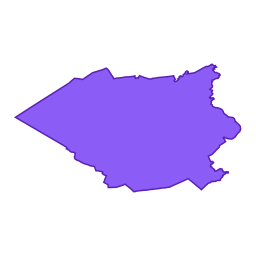 Kaunatas pag., Rezeknes, Latvia
{"feature_id": "27541924B36939981885438", "entity_name": "Kaunatas pag.", "entity_type": "district", "adm_level": 2, "iso_a3": "LVA", "parent_name": "Latvia", "parent_adm1": "Rezeknes", "projection": "equal_earth", "projection_center": [27.649, 56.307], "detail": "fine", "context": "isolated", "style": "filled", "palette": "violet", "viewbox_px": 256, "rotation_deg": 0, "n_neighbors": 0, "source": "geoboundaries", "source_scale": "gbopen_adm2", "svg_char_len": 5553}
<svg xmlns="http://www.w3.org/2000/svg" viewBox="0 0 256 256"><path d="M95.9,170.7L98.5,170.9L102.8,172.0L102.3,173.6L103.5,174.5L105.1,175.3L106.4,175.8L105.3,178.2L103.8,182.4L107.9,184.6L108.0,185.7L108.3,187.5L110.7,187.5L114.8,187.3L116.9,187.1L121.5,185.6L123.1,185.1L124.8,184.2L125.4,184.5L130.7,188.7L131.3,189.3L133.8,191.7L135.4,191.5L136.5,191.1L141.5,190.5L147.6,190.0L149.0,189.7L156.9,188.8L160.4,188.3L161.8,188.0L163.1,188.0L165.1,187.8L169.4,187.1L170.5,186.8L171.1,186.3L178.5,183.1L188.1,178.7L189.0,179.3L189.3,179.7L191.7,181.5L198.0,186.8L200.6,188.9L201.3,189.7L206.6,184.7L207.1,184.4L208.1,183.3L208.5,183.1L210.4,182.6L211.0,182.0L211.3,181.9L211.5,181.7L211.8,181.6L211.9,181.4L212.0,181.3L212.4,181.5L212.6,181.6L212.9,181.4L213.1,181.4L213.3,181.6L214.5,181.3L215.2,181.5L215.7,181.3L215.9,181.0L216.1,180.9L216.5,180.9L217.8,180.3L218.3,180.3L218.6,180.5L220.1,180.4L220.3,180.2L220.8,178.7L221.2,177.9L222.4,177.2L222.3,176.7L222.7,176.4L222.5,176.2L222.6,175.9L222.6,175.6L223.0,175.4L223.1,175.2L223.4,175.2L223.4,174.9L223.7,174.8L223.8,174.6L224.0,174.4L224.2,174.2L224.8,174.3L225.2,173.7L225.6,173.5L225.7,173.4L226.2,173.0L228.8,172.9L228.6,172.8L228.5,172.6L228.3,172.4L228.2,172.2L228.2,171.9L225.7,171.8L224.7,172.1L223.3,171.8L223.0,171.2L223.0,170.9L222.7,170.5L222.2,170.3L222.1,169.8L222.2,169.3L222.2,169.2L221.8,169.1L221.4,169.2L220.7,168.6L219.6,168.9L218.1,169.8L218.2,170.1L215.1,171.3L214.6,170.9L214.6,170.4L214.7,170.0L214.6,169.8L214.5,169.7L214.1,169.7L214.0,169.4L213.9,169.4L213.7,168.9L213.5,168.7L212.3,168.1L212.0,167.7L212.0,167.1L211.3,166.9L211.2,167.0L210.6,166.6L210.3,165.7L211.4,164.7L211.1,164.5L212.0,163.7L212.7,163.6L213.5,162.5L213.1,162.3L212.7,161.5L211.2,161.5L210.7,161.8L209.0,158.1L208.5,156.5L208.4,156.1L212.0,154.4L212.5,154.0L212.8,153.6L214.5,152.0L215.5,150.8L219.3,147.1L219.6,145.4L222.8,143.5L225.5,141.6L225.2,141.4L224.9,141.2L224.7,141.0L224.7,140.7L224.9,140.1L224.9,139.9L224.6,139.5L224.2,139.2L223.9,138.7L223.5,138.4L223.5,138.1L223.3,137.7L224.0,137.1L225.9,138.1L228.6,138.8L230.1,139.0L232.2,138.9L234.1,137.7L235.0,137.1L235.7,136.1L236.9,134.4L238.3,132.7L239.7,131.6L240.5,129.5L240.6,128.9L240.6,128.6L240.3,126.8L240.0,125.9L239.7,125.5L239.3,125.0L235.7,121.6L235.1,121.6L235.2,121.1L234.3,118.6L232.7,117.5L228.1,116.9L227.9,116.7L226.5,115.2L224.4,113.7L223.9,113.4L223.1,111.3L222.8,110.9L221.9,109.5L220.1,108.6L218.6,108.2L217.8,107.8L215.3,107.6L213.0,106.6L212.4,106.1L212.2,104.9L211.1,104.3L211.3,102.4L211.2,101.4L211.4,101.1L211.5,100.8L211.6,100.6L212.1,100.6L212.5,100.1L212.6,99.9L212.8,99.7L213.0,99.5L213.9,99.3L214.0,99.2L214.1,98.9L213.9,98.6L213.2,97.8L213.0,97.7L212.6,97.8L212.0,98.1L211.7,98.5L211.0,98.4L210.6,98.6L210.3,98.6L209.8,97.9L210.4,97.9L210.7,97.8L210.8,97.6L210.7,97.3L210.2,96.7L210.6,96.3L210.6,96.1L212.3,94.7L212.5,94.4L212.8,93.9L212.7,93.5L211.7,92.4L211.6,92.0L211.6,91.7L212.3,91.1L212.5,90.6L212.5,90.3L212.2,90.2L210.2,89.7L209.9,89.4L210.1,88.9L211.8,87.7L212.2,87.2L212.4,87.0L212.4,86.2L212.5,85.9L212.5,85.7L212.2,85.5L212.0,85.2L211.9,84.2L211.8,83.9L211.8,82.2L212.5,81.6L212.0,81.0L212.3,80.0L213.6,80.0L214.7,79.2L215.9,78.6L216.2,78.5L217.7,78.4L218.0,78.3L217.9,78.0L218.0,77.9L218.6,77.5L218.9,77.0L219.2,76.8L219.0,75.8L219.0,75.7L219.4,75.2L219.6,75.2L220.0,75.3L220.1,75.2L220.0,74.7L219.7,74.6L219.5,74.3L219.4,73.9L219.2,73.9L218.0,73.2L217.3,73.1L216.6,72.6L216.2,72.5L215.6,72.6L215.3,72.6L214.8,72.3L214.2,71.6L213.7,71.2L213.2,70.0L213.3,69.9L213.2,69.9L213.4,69.7L213.5,69.8L213.5,69.7L213.3,69.6L214.5,69.0L214.3,68.9L214.2,68.9L214.1,69.0L214.0,68.9L214.1,68.6L214.0,68.4L213.9,68.2L214.2,68.1L214.1,67.9L213.9,67.9L214.2,67.7L214.5,67.3L215.3,67.2L215.6,67.3L216.0,67.2L215.8,67.1L215.8,66.8L215.5,66.7L215.8,66.5L215.5,66.3L215.6,66.2L215.4,65.9L215.4,65.6L215.0,65.7L214.7,65.7L214.5,65.8L213.3,65.5L212.6,64.4L211.9,64.3L211.6,64.6L211.1,64.6L210.9,64.7L210.9,64.9L210.4,65.1L210.3,65.3L209.7,65.7L209.3,65.8L209.3,66.0L209.1,66.1L207.5,66.7L207.2,66.4L206.5,66.5L206.3,66.4L206.1,66.5L202.7,68.2L201.4,69.0L199.5,70.1L194.5,72.8L187.3,73.9L188.3,72.1L187.9,71.4L187.4,71.2L187.3,71.4L187.2,71.5L186.9,71.3L186.5,71.1L185.3,72.2L185.2,72.9L184.8,73.6L184.3,73.8L184.0,74.4L183.3,74.5L183.2,75.3L182.9,76.1L182.4,76.5L180.7,76.5L180.8,76.0L180.0,76.1L179.6,76.3L179.1,77.0L179.5,77.9L178.0,78.8L178.6,79.3L176.7,81.1L175.0,81.7L174.7,81.4L174.2,80.8L174.6,80.2L175.4,79.2L174.8,78.9L174.4,77.4L173.3,76.2L174.3,75.7L168.8,76.5L163.6,77.1L162.0,77.2L157.1,77.7L156.1,78.0L152.3,78.4L152.3,78.7L152.0,78.9L151.3,79.0L150.3,78.9L149.9,79.2L144.6,77.6L139.4,75.7L139.1,76.5L138.6,77.2L138.4,78.0L137.3,77.8L135.4,78.3L135.4,77.7L134.9,77.1L134.9,75.9L133.4,76.3L127.9,77.0L126.9,76.8L124.3,77.2L121.4,77.7L119.0,78.0L117.0,78.1L113.6,78.7L113.0,77.0L112.5,76.4L109.8,72.4L109.3,71.2L108.7,70.7L108.0,69.6L106.4,68.2L105.2,68.5L103.8,69.2L102.3,69.8L100.3,70.4L93.4,72.5L92.5,72.9L92.1,73.0L89.8,74.7L87.7,76.0L84.9,77.9L84.8,78.0L82.5,79.5L79.9,78.9L74.6,78.3L71.0,81.2L68.9,83.2L41.7,100.4L15.4,117.3L66.4,147.1L66.7,147.6L66.6,148.0L66.5,148.3L66.8,148.2L67.1,148.4L66.9,148.7L67.0,149.1L67.8,149.3L67.8,149.7L68.0,149.8L68.6,150.0L69.2,150.3L69.9,151.2L70.4,151.6L70.9,151.9L71.7,152.1L72.5,152.2L73.5,152.2L74.9,152.8L75.1,154.4L75.1,155.0L74.4,156.8L74.9,158.8L75.4,159.2L77.0,160.2L79.4,161.0L81.0,162.1L84.1,163.6L88.5,164.9L89.3,165.3L89.9,165.7L90.8,165.8L91.1,166.0L92.9,166.1L94.2,166.5L94.8,167.5L95.9,170.7Z" fill="#8b5cf6" stroke="#5b21b6" stroke-width="1.5"/></svg>